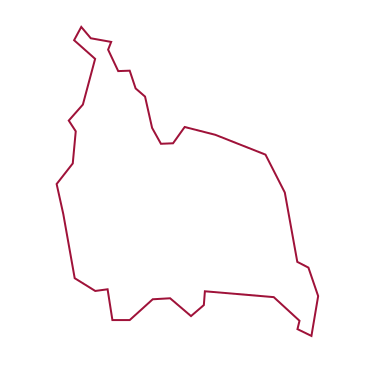 Owsley, Kentucky, United States of America (Mercator projection), rotated 191°
{"feature_id": "52423323B86076485576940", "entity_name": "Owsley", "entity_type": "district", "adm_level": 2, "iso_a3": "USA", "parent_name": "United States of America", "parent_adm1": "Kentucky", "projection": "mercator", "projection_center": [-83.663, 37.399], "detail": "fine", "context": "isolated", "style": "outline", "palette": "rose", "viewbox_px": 384, "rotation_deg": 191, "n_neighbors": 0, "source": "geoboundaries", "source_scale": "gbopen_adm2", "svg_char_len": 638}
<svg xmlns="http://www.w3.org/2000/svg" viewBox="0 0 384 384"><g transform="rotate(191 192 192)"><path d="M332.2,332.9L336.7,318.5L312.5,304.2L315.8,257.0L326.6,238.6L317.7,229.4L314.5,197.3L326.4,174.0L314.1,145.7L290.7,85.0L268.1,76.4L256.3,80.4L245.7,51.1L228.7,54.4L210.1,79.2L193.2,83.5L169.3,70.0L158.8,83.3L160.4,97.0L91.7,104.4L61.9,86.1L62.3,77.5L47.3,73.5L48.3,113.9L63.3,140.0L75.3,143.5L100.8,209.2L127.0,242.7L180.1,252.6L211.6,254.4L219.9,236.2L231.7,233.4L243.4,247.3L256.3,276.7L267.1,282.9L276.3,299.2L287.5,296.6L301.5,315.7L300.0,323.9L320.7,323.6L332.2,332.9Z" fill="none" stroke="#9f1239" stroke-width="2"/></g></svg>